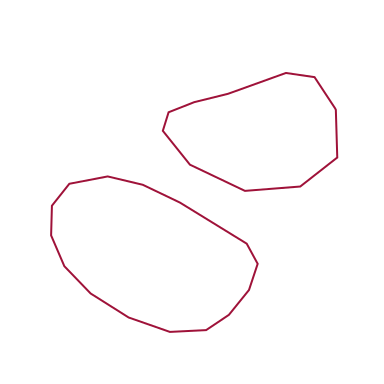 an SVG outline of Likoma, rotated 104°
{"feature_id": "MWI-5509", "entity_name": "Likoma", "entity_type": "District", "adm_level": 1, "iso_a3": "MWI", "parent_name": "Malawi", "parent_adm1": "", "projection": "equal_earth", "projection_center": [34.654, -12.048], "detail": "fine", "context": "isolated", "style": "outline", "palette": "rose", "viewbox_px": 384, "rotation_deg": 104, "n_neighbors": 0, "source": "natural_earth", "source_scale": "10m", "svg_char_len": 504}
<svg xmlns="http://www.w3.org/2000/svg" viewBox="0 0 384 384"><g transform="rotate(104 192 192)"><path d="M245.8,110.9L273.3,113.0L302.3,126.5L322.6,144.9L333.1,179.6L329.1,223.1L315.0,265.8L294.9,297.9L268.2,318.2L239.2,324.6L213.7,313.0L197.3,277.6L196.9,241.5L205.2,201.1L228.9,126.4L245.8,110.9ZM76.3,73.3L77.5,72.3L123.4,59.4L160.5,88.3L178.1,140.9L166.0,200.6L139.7,235.1L120.3,234.0L104.3,211.6L88.0,180.8L53.8,129.7L50.9,100.9L76.3,73.3Z" fill="none" stroke="#9f1239" stroke-width="2"/></g></svg>